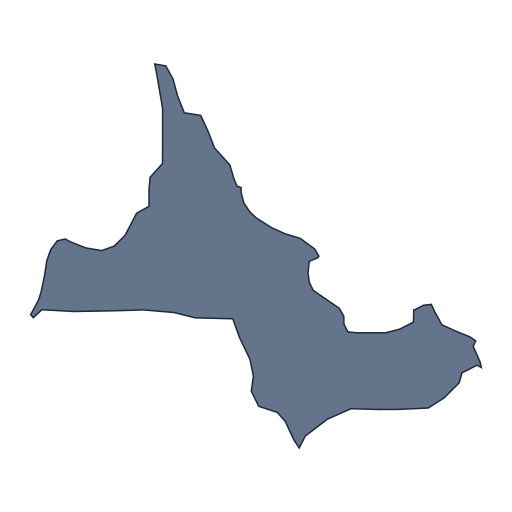 an SVG outline of Drugovo
{"feature_id": "MKD-2953", "entity_name": "Drugovo", "entity_type": "Statistical Region", "adm_level": 1, "iso_a3": "MKD", "parent_name": "North Macedonia", "parent_adm1": "", "projection": "orthographic", "projection_center": [20.913, 41.469], "detail": "fine", "context": "isolated", "style": "filled", "palette": "slate", "viewbox_px": 512, "rotation_deg": 0, "n_neighbors": 0, "source": "natural_earth", "source_scale": "10m", "svg_char_len": 1312}
<svg xmlns="http://www.w3.org/2000/svg" viewBox="0 0 512 512"><path d="M154.7,64.0L165.8,65.9L173.1,79.2L177.6,96.0L184.3,112.8L200.7,115.4L208.1,131.4L214.6,148.1L229.8,164.9L234.4,180.0L237.1,186.2L241.1,187.5L241.1,192.3L243.8,202.9L249.7,211.8L256.3,218.0L271.6,227.7L285.4,233.9L300.1,238.3L314.6,248.9L318.9,256.2L317.9,257.7L309.3,261.3L308.0,272.8L309.3,282.5L313.3,290.4L328.6,301.0L339.1,308.1L343.8,316.1L343.9,324.0L347.9,331.9L357.1,332.8L373.7,332.8L385.6,332.8L399.5,329.2L413.4,322.1L413.8,309.8L414.7,309.8L423.3,305.3L431.3,304.4L434.6,311.5L441.9,324.8L455.2,330.9L470.4,337.1L475.7,340.9L473.2,346.4L480.1,361.9L481.3,367.5L477.1,365.2L462.0,372.8L459.2,382.8L444.1,397.9L428.2,408.0L398.7,409.4L378.8,409.5L351.0,408.7L327.5,419.1L305.3,436.0L299.2,448.0L293.8,439.8L285.2,421.3L277.3,412.4L258.7,406.3L251.3,391.2L253.4,376.2L250.0,359.4L239.4,337.3L232.8,318.7L228.2,318.7L195.0,317.8L173.8,312.5L143.3,309.9L118.1,310.7L73.8,311.5L41.9,309.7L33.3,317.7L30.7,314.6L38.6,299.9L41.3,291.1L44.6,275.2L46.7,261.0L50.7,249.6L57.3,240.8L65.3,239.0L69.9,241.6L74.6,243.5L85.8,247.9L101.6,250.6L114.2,246.1L124.9,235.6L136.6,213.2L149.0,206.3L149.0,189.7L150.1,177.3L162.5,163.5L162.6,146.9L162.6,133.1L162.6,108.3L156.4,72.3L154.7,64.0Z" fill="#64748b" stroke="#1e293b" stroke-width="1.5"/></svg>